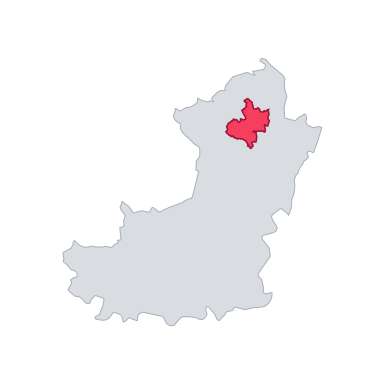 Telimele, Télimélé, Guinea shown in context, rotated 104°
{"feature_id": "49546643B50480493924889", "entity_name": "Telimele", "entity_type": "district", "adm_level": 2, "iso_a3": "GIN", "parent_name": "Guinea", "parent_adm1": "Télimélé", "projection": "mercator", "projection_center": [-13.353, 10.89], "detail": "fine", "context": "in_parent", "style": "filled", "palette": "rose", "viewbox_px": 384, "rotation_deg": 104, "n_neighbors": 0, "source": "geoboundaries", "source_scale": "gbopen_adm2", "svg_char_len": 7347}
<svg xmlns="http://www.w3.org/2000/svg" viewBox="0 0 384 384"><g transform="rotate(104 192 192)"><path d="M235.1,251.3L232.0,250.9L230.7,251.5L226.6,256.3L224.2,258.1L220.4,257.5L219.0,257.9L218.0,257.3L219.4,254.7L221.4,249.5L226.3,244.3L226.4,243.2L224.4,240.1L222.3,235.9L222.3,231.4L221.9,228.2L217.4,227.3L216.6,226.7L216.5,225.7L219.0,220.1L219.2,218.9L218.9,217.9L216.2,215.0L212.0,209.8L204.7,198.9L202.0,196.6L199.4,193.3L198.4,191.1L195.7,190.4L170.3,190.5L169.9,193.4L161.1,195.3L155.7,193.1L149.8,194.4L146.8,195.8L144.6,202.2L143.3,203.5L142.0,206.4L140.8,207.9L139.5,211.1L136.7,215.5L133.7,218.4L128.6,220.0L127.0,224.7L125.9,226.4L123.9,227.8L121.8,228.7L117.7,227.8L115.3,228.6L114.9,227.4L116.3,223.7L115.2,221.8L111.2,217.9L110.9,216.0L109.6,213.6L104.4,208.7L99.5,209.0L100.8,204.8L100.8,199.3L99.1,196.2L99.5,193.2L98.6,193.3L97.0,195.5L94.4,194.8L89.0,191.5L86.3,188.3L86.0,185.6L85.4,184.5L83.8,185.1L80.4,185.0L70.2,180.2L62.9,168.0L62.8,165.2L63.8,160.5L63.6,159.2L60.2,162.4L59.6,160.3L57.1,155.4L56.3,152.5L53.9,151.3L51.9,151.1L50.4,152.0L48.4,157.7L46.9,157.7L45.4,156.5L45.7,152.2L49.6,146.8L56.2,133.3L58.5,130.2L60.0,129.1L63.1,129.0L69.2,127.2L76.6,123.0L82.3,123.3L89.1,122.8L97.8,119.9L97.9,110.8L97.6,108.8L94.5,106.9L92.7,105.4L91.1,103.3L89.2,101.9L89.3,100.4L93.2,98.5L96.8,98.5L97.9,97.7L98.8,96.4L99.8,93.1L100.2,89.7L97.8,85.0L98.0,81.7L110.8,82.2L117.9,83.1L123.7,83.4L124.6,84.1L123.8,87.3L124.6,89.2L126.5,89.7L129.7,87.5L131.4,88.0L135.1,90.8L138.4,91.5L142.1,93.0L145.5,93.9L148.6,93.8L150.9,95.3L155.2,95.8L160.7,93.8L165.1,93.0L171.2,92.7L174.4,93.4L183.7,91.8L191.1,92.7L189.9,93.8L186.6,101.1L187.0,102.4L194.4,108.5L196.2,109.0L198.2,108.1L201.4,105.3L204.0,102.2L206.4,100.7L209.2,100.8L211.5,103.0L216.8,112.1L218.1,113.3L219.4,113.2L221.7,111.5L222.9,109.6L227.8,103.5L235.4,100.5L253.5,107.4L256.2,107.9L257.7,107.4L260.0,103.3L266.8,99.9L270.0,98.9L271.9,98.8L272.6,97.6L273.0,96.0L272.6,94.3L270.5,91.2L270.4,90.2L271.6,89.6L274.2,89.2L277.6,89.5L281.4,90.8L284.4,92.8L286.2,95.1L289.6,104.7L293.4,112.3L293.2,122.4L294.9,123.5L296.8,123.9L297.6,124.7L299.5,128.9L301.2,130.1L303.3,130.4L307.2,133.0L309.7,134.1L310.1,134.9L310.0,136.0L309.0,137.4L305.2,140.2L303.4,142.6L299.5,148.3L299.4,149.4L300.2,150.2L301.8,150.3L303.5,149.9L307.1,147.8L309.9,148.6L312.5,150.1L313.5,151.8L313.8,154.0L313.1,156.8L313.1,159.9L313.9,165.3L315.3,170.6L316.7,172.5L325.7,177.2L326.5,179.0L327.0,181.0L326.3,183.7L325.4,185.2L320.5,189.3L319.8,191.3L320.1,195.0L320.5,210.6L322.4,213.2L324.7,214.6L330.1,213.8L329.9,218.1L329.2,223.0L332.3,224.5L333.9,225.9L334.8,227.3L329.8,229.9L328.4,231.4L327.7,235.4L327.9,239.2L334.5,241.8L337.1,245.0L338.2,248.2L338.6,254.3L338.0,255.7L336.3,255.7L333.0,252.0L327.8,251.6L324.0,250.9L317.6,251.4L316.5,252.5L315.8,260.6L317.3,262.0L320.4,263.5L322.3,264.2L324.0,264.0L325.3,265.0L325.6,267.7L324.7,269.6L323.0,271.4L320.9,276.1L321.4,280.4L317.8,287.3L316.7,288.6L312.0,287.3L308.8,286.8L306.6,288.5L303.5,285.9L302.9,283.8L301.8,283.4L299.7,283.3L297.8,284.5L296.9,286.7L296.5,291.1L293.0,295.2L290.5,300.4L287.7,299.9L287.1,300.6L284.1,301.9L281.5,302.3L280.8,300.9L279.3,299.8L277.6,297.6L275.7,295.8L272.0,294.6L270.6,295.1L268.8,295.0L267.7,294.3L267.9,293.2L269.8,290.5L270.9,288.0L271.5,285.3L271.5,282.7L270.4,279.1L268.8,276.2L268.4,274.5L268.6,272.1L268.2,269.9L267.7,268.7L266.9,264.5L265.9,263.7L265.4,260.4L265.5,256.9L264.1,255.6L261.9,254.6L260.6,253.3L259.8,251.8L258.9,251.3L258.3,251.4L257.6,252.4L256.9,252.6L255.6,249.3L255.0,249.2L254.1,249.9L243.8,253.5L242.5,250.5L240.5,249.9L237.1,251.2L235.1,251.3Z" fill="#d9dde1" stroke="#a8b0b8" stroke-width="1"/><path d="M101.0,163.2L103.1,161.5L103.1,161.3L104.4,160.3L106.4,158.3L107.4,157.7L107.9,157.7L108.4,157.8L108.5,158.2L109.0,158.7L109.5,159.0L109.5,159.3L109.7,160.4L109.2,161.2L109.3,162.4L109.3,162.6L109.5,162.6L109.8,162.6L110.1,162.5L110.2,162.4L110.5,162.4L110.8,162.2L111.0,162.0L111.3,162.0L111.7,162.4L111.7,162.5L112.0,162.5L112.3,162.6L113.0,163.5L112.8,164.2L112.2,164.7L112.2,164.9L112.0,165.2L111.6,165.4L111.2,166.0L110.9,166.6L111.2,166.8L111.7,167.5L111.7,167.8L111.5,168.3L111.2,169.3L111.6,169.4L111.8,169.5L112.3,169.5L112.4,169.8L112.6,169.8L112.8,170.3L113.0,170.4L113.1,170.6L113.4,170.6L114.0,170.5L114.0,170.9L114.4,171.6L115.3,172.1L115.6,172.1L115.9,172.3L116.0,172.8L116.3,173.3L116.4,173.2L117.5,173.4L118.5,173.9L119.2,174.0L119.3,173.9L119.7,173.9L120.2,174.2L120.9,173.9L121.4,173.3L122.1,172.9L122.9,172.6L123.4,172.7L124.2,173.0L124.9,173.4L124.8,173.5L125.0,173.7L125.1,173.8L126.0,173.1L126.1,172.7L126.4,172.3L126.6,172.3L126.7,171.7L127.1,171.0L127.9,169.8L128.0,169.3L127.9,169.0L128.1,168.2L128.5,167.7L128.8,167.6L128.5,167.2L128.0,166.9L127.8,166.5L127.7,165.9L128.0,165.5L128.4,165.7L128.7,164.8L129.4,163.6L129.3,163.4L128.9,163.3L128.9,162.4L129.1,162.0L129.5,161.3L129.7,160.7L129.4,160.3L129.2,160.1L128.8,159.6L128.5,158.0L128.7,157.7L128.4,157.5L128.3,157.1L128.6,156.0L128.6,155.2L129.1,153.9L129.2,152.4L129.7,151.6L130.7,151.2L130.9,150.8L131.0,150.3L131.4,149.9L132.6,149.4L132.8,148.5L133.1,148.6L133.9,149.1L134.0,148.7L134.2,147.5L134.5,147.0L134.5,146.7L135.1,146.4L135.4,146.0L135.4,145.6L135.4,145.3L135.1,145.0L133.5,144.6L133.1,144.1L132.6,143.9L132.1,143.9L131.8,144.1L131.2,144.8L130.5,145.5L129.9,145.8L128.9,145.5L128.6,145.3L128.5,144.8L128.5,143.5L128.2,142.8L128.0,142.3L127.9,142.4L127.5,142.2L127.1,142.1L126.9,142.0L126.5,142.0L126.3,142.2L126.1,142.1L125.5,142.3L125.4,142.3L125.0,142.3L124.8,142.2L124.7,142.2L124.4,142.2L124.2,142.3L123.8,142.4L123.5,142.5L123.3,142.6L123.0,142.7L122.8,142.7L122.7,142.7L122.3,142.5L122.1,142.6L121.9,142.8L121.6,143.0L121.3,143.2L121.0,143.4L120.7,143.5L120.3,143.7L120.0,143.9L119.7,144.0L119.3,144.2L119.1,144.2L118.8,144.2L118.5,144.3L118.4,144.3L118.2,144.4L118.4,145.0L118.8,146.2L119.1,147.1L118.7,147.3L118.4,147.4L117.7,145.7L117.7,143.9L116.7,142.4L116.5,140.5L116.2,139.1L115.8,138.4L115.7,138.0L116.4,136.4L116.0,135.8L115.7,135.6L115.2,135.7L114.5,135.7L114.0,136.0L113.1,136.1L112.3,136.6L111.3,137.0L110.4,137.7L109.9,137.9L109.2,137.9L109.1,137.3L109.9,135.2L109.6,134.6L109.4,134.4L108.3,134.4L107.9,134.6L106.9,134.4L106.6,134.4L106.0,134.3L104.9,134.2L104.3,134.3L104.0,134.3L103.2,135.3L102.1,136.1L101.7,136.3L99.7,136.5L99.3,136.2L99.0,136.1L97.8,136.3L97.6,136.2L97.0,136.6L95.8,137.0L95.3,137.3L94.9,137.7L94.5,137.9L93.9,138.0L93.4,137.7L93.5,138.1L93.9,138.4L94.0,138.8L94.7,139.0L94.8,139.3L95.2,139.6L95.4,139.5L95.9,140.2L96.2,140.3L96.3,140.5L96.3,140.9L95.9,141.2L95.6,141.7L95.9,141.9L96.8,142.1L97.3,142.6L97.5,143.6L97.3,144.3L97.4,144.9L96.6,146.0L95.6,146.3L95.2,146.5L95.1,147.6L94.8,147.6L94.5,147.8L94.4,148.3L96.2,150.5L96.4,150.8L96.2,151.5L96.3,151.2L96.4,151.7L96.1,152.3L94.7,153.4L93.1,153.9L92.2,154.7L90.4,155.4L90.1,156.0L89.9,156.8L89.5,157.7L88.3,159.3L88.1,160.3L88.0,160.5L88.0,161.1L88.4,161.1L88.9,161.5L90.4,163.3L90.9,163.4L91.2,163.1L91.0,162.7L91.2,162.4L91.7,162.7L91.9,162.5L92.0,161.3L92.2,160.8L92.5,160.5L92.7,160.3L93.3,160.6L94.0,160.7L94.3,160.6L94.5,160.3L95.0,160.2L95.4,159.7L95.9,159.8L96.6,160.7L97.1,160.9L97.3,160.8L98.2,160.7L98.5,160.9L98.8,162.0L99.2,161.9L99.8,162.1L99.7,162.4L99.8,162.5L100.1,163.0L100.3,163.0L100.4,163.3L101.0,163.2Z" fill="#f43f5e" stroke="#9f1239" stroke-width="1.5"/></g></svg>